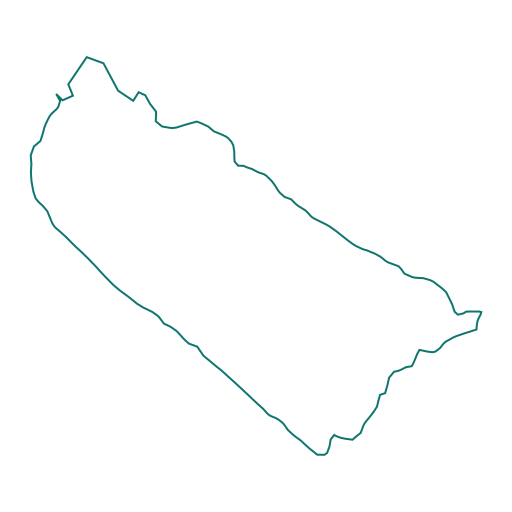 Nyaribari Chache, Nyanza, Kenya
{"feature_id": "3690345B1553189525138", "entity_name": "Nyaribari Chache", "entity_type": "district", "adm_level": 2, "iso_a3": "KEN", "parent_name": "Kenya", "parent_adm1": "Nyanza", "projection": "albers", "projection_center": [34.834, -0.737], "detail": "fine", "context": "isolated", "style": "outline", "palette": "teal", "viewbox_px": 512, "rotation_deg": 0, "n_neighbors": 0, "source": "geoboundaries", "source_scale": "gbopen_adm2", "svg_char_len": 2897}
<svg xmlns="http://www.w3.org/2000/svg" viewBox="0 0 512 512"><path d="M317.3,454.7L324.5,454.8L327.1,452.9L329.4,446.8L330.7,439.5L334.2,435.0L336.4,436.2L340.8,437.8L345.1,438.7L352.5,439.7L355.3,437.2L360.7,432.9L363.2,426.1L364.1,424.2L365.9,421.5L369.6,417.1L373.6,411.9L377.0,406.6L378.4,400.6L380.1,394.8L385.1,393.2L387.2,386.1L389.1,377.7L394.1,371.7L397.7,371.0L400.7,369.9L405.9,367.2L411.7,366.2L413.1,363.8L415.4,358.5L416.2,356.5L417.1,354.2L419.5,349.9L426.9,351.5L431.9,352.2L434.5,351.9L436.4,350.9L440.3,347.8L443.0,344.2L445.5,341.8L451.1,338.7L453.7,337.3L456.4,336.1L462.2,334.1L465.5,333.0L469.5,331.8L473.4,330.5L476.5,329.5L476.9,324.2L477.4,321.8L478.2,319.2L480.7,314.3L481.3,312.1L478.9,311.5L473.9,311.5L466.3,311.6L463.4,313.4L457.9,314.7L454.6,311.7L452.1,304.2L449.0,297.9L446.1,292.1L441.8,288.2L440.1,286.8L437.6,285.0L433.5,281.8L430.3,280.2L423.5,278.2L416.9,277.8L414.3,277.6L411.5,276.8L404.4,273.6L401.0,268.8L398.5,266.2L393.8,264.5L388.4,262.5L385.7,261.0L380.6,256.8L375.0,253.7L371.7,252.4L367.0,250.4L364.1,249.6L361.9,248.8L355.8,245.9L352.6,243.9L348.4,240.8L344.8,238.0L339.4,233.7L336.5,231.4L333.6,229.3L329.6,226.5L326.8,224.8L320.5,221.7L314.3,218.6L312.4,217.5L310.7,216.0L307.9,212.8L305.4,210.4L299.3,206.6L297.1,205.1L295.2,203.4L291.1,199.3L284.5,196.9L280.1,193.0L278.8,191.4L277.5,189.6L275.3,185.9L271.9,181.2L266.2,175.6L263.7,174.1L258.2,172.3L252.2,169.1L246.8,167.3L243.7,165.9L238.0,165.6L234.6,161.5L234.3,155.9L234.3,151.8L233.3,145.4L231.3,141.6L227.8,137.8L225.3,136.2L220.9,134.2L213.8,131.3L208.3,126.6L202.2,123.7L199.6,122.6L196.8,121.6L189.0,123.7L185.8,124.6L180.7,126.2L176.2,127.6L171.7,128.1L162.1,126.5L155.7,121.2L156.1,115.3L156.0,111.6L150.0,103.8L145.3,95.3L142.1,93.8L138.7,92.2L133.2,100.8L118.1,90.7L103.5,63.3L86.7,57.2L68.3,84.3L72.9,95.7L62.5,100.3L56.2,94.0L60.1,100.8L58.4,106.7L56.9,108.8L51.9,113.4L49.8,115.9L47.8,119.7L46.0,123.4L44.3,127.7L43.1,132.4L42.4,134.9L40.4,141.0L33.9,146.5L30.7,155.5L31.4,163.9L30.9,172.7L31.5,181.2L32.6,187.5L33.3,191.3L35.7,198.5L38.7,202.1L42.8,205.9L47.3,211.2L50.0,217.7L52.2,223.1L54.1,226.1L55.6,227.8L60.7,232.2L65.9,236.9L72.6,243.7L74.8,245.9L77.0,247.9L82.2,252.7L89.1,259.5L95.0,265.6L97.4,268.2L99.6,270.7L105.3,276.8L113.7,285.3L120.3,290.8L127.4,296.0L129.5,297.6L136.9,303.6L143.3,307.6L147.0,309.3L152.4,312.0L157.1,315.3L159.0,317.0L160.4,318.9L163.9,323.6L169.8,326.4L172.5,328.1L176.8,331.2L181.5,336.3L182.8,337.8L184.9,340.0L188.9,343.6L197.3,346.7L203.5,355.8L210.6,361.6L216.4,366.5L219.2,368.7L221.6,370.6L226.8,375.3L228.3,376.7L236.7,384.3L245.0,392.0L247.7,394.5L250.7,397.4L255.8,402.2L257.7,404.0L263.0,408.7L267.9,414.1L270.3,415.8L275.6,418.0L278.8,419.8L282.3,422.6L283.7,424.0L285.0,425.8L287.9,430.0L292.4,434.2L294.0,435.5L295.9,437.0L300.5,440.3L304.7,444.2L310.3,449.2L317.3,454.7Z" fill="none" stroke="#0f766e" stroke-width="2"/></svg>